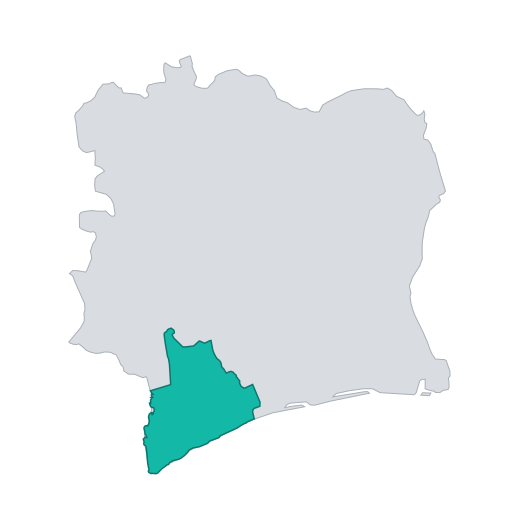 Bas-Sassandra on a map of Ivory Coast (orthographic projection), rotated 354°
{"feature_id": "CIV-3448", "entity_name": "Bas-Sassandra", "entity_type": "Department", "adm_level": 1, "iso_a3": "CIV", "parent_name": "Ivory Coast", "parent_adm1": "", "projection": "orthographic", "projection_center": [-6.849, 5.451], "detail": "fine", "context": "in_parent", "style": "filled", "palette": "teal", "viewbox_px": 512, "rotation_deg": 354, "n_neighbors": 0, "source": "natural_earth", "source_scale": "10m", "svg_char_len": 6638}
<svg xmlns="http://www.w3.org/2000/svg" viewBox="0 0 512 512"><g transform="rotate(354 256 256)"><path d="M100.9,86.1L102.8,86.1L107.6,84.6L112.1,81.4L116.3,74.6L121.9,69.1L128.2,69.5L130.0,68.5L132.3,68.3L134.9,71.9L137.5,74.6L139.4,74.7L140.8,79.9L152.3,82.1L157.2,83.5L161.4,87.3L162.8,87.4L164.6,86.6L165.9,85.3L166.2,83.8L164.4,80.4L165.2,77.4L167.1,74.6L170.0,74.4L174.5,73.7L179.6,73.6L183.4,74.1L184.9,71.4L183.5,63.7L183.9,59.4L184.5,55.8L185.9,54.4L191.6,58.9L196.8,60.5L200.5,60.6L201.6,59.8L200.0,54.9L200.4,53.4L201.8,52.5L204.2,52.0L210.9,50.0L211.6,50.4L212.8,58.1L212.2,60.7L213.6,65.9L215.4,70.8L215.3,72.8L213.8,75.9L212.2,78.6L212.4,79.8L215.0,81.7L220.1,83.6L225.3,84.1L228.3,81.2L231.3,78.9L233.4,76.8L234.1,73.7L237.4,71.5L246.9,68.7L255.7,68.2L257.8,69.1L261.8,73.4L266.8,76.3L274.4,75.9L280.0,77.7L284.8,80.9L288.0,88.2L291.6,93.5L293.2,101.0L298.7,104.9L303.1,106.7L309.0,112.1L315.2,114.9L321.5,114.2L324.4,117.0L329.2,119.0L333.9,119.2L338.0,112.9L343.4,110.3L357.2,105.3L362.7,103.0L368.2,101.5L381.5,101.0L393.9,102.4L400.1,103.6L404.3,102.7L408.3,105.7L412.5,111.9L415.9,113.9L419.4,116.0L422.0,120.9L425.1,125.8L426.7,128.0L430.5,132.8L433.7,132.9L436.8,130.8L438.1,129.2L438.8,132.4L437.6,137.6L437.9,140.8L439.7,142.0L438.8,146.1L435.2,153.2L435.2,157.3L438.9,158.6L441.5,163.0L443.1,170.6L444.7,173.1L444.9,174.6L447.7,192.9L451.2,211.2L449.1,213.6L446.3,214.4L444.5,215.2L444.0,216.9L445.2,219.4L444.4,221.7L440.9,223.3L433.2,229.2L432.7,231.6L430.7,236.5L429.0,239.6L426.6,245.2L422.7,260.1L421.3,272.5L421.1,276.3L419.6,279.0L417.9,282.8L409.5,293.4L405.3,302.1L405.9,305.8L406.1,309.6L404.9,312.3L405.2,319.6L406.3,325.8L407.8,331.7L414.0,348.7L417.3,359.0L419.3,367.3L421.1,372.8L422.7,375.1L423.4,377.2L432.5,378.7L434.2,379.9L436.8,390.8L436.4,395.7L434.6,397.5L434.7,401.7L434.3,406.8L433.0,408.9L427.9,409.2L424.5,411.1L420.0,410.4L419.5,409.1L417.1,408.7L410.3,405.8L411.4,396.4L408.3,396.0L405.8,397.2L401.1,408.6L398.9,410.5L365.2,404.9L357.9,400.2L349.1,399.2L333.9,399.8L321.3,401.2L317.7,404.1L349.5,402.3L352.9,402.6L354.5,404.3L314.3,408.2L299.0,410.5L294.5,409.9L291.0,406.3L274.4,405.9L271.0,407.1L268.9,409.8L275.5,409.2L285.8,409.0L288.6,411.0L256.2,413.7L233.7,418.9L224.2,422.6L192.9,435.0L173.8,440.9L168.8,443.0L160.0,449.1L148.9,452.8L136.3,459.9L128.6,461.5L126.9,459.3L126.7,447.2L125.7,431.1L126.1,425.0L127.1,419.2L127.2,414.4L131.0,412.6L132.0,410.6L132.6,404.3L136.1,398.6L136.2,388.7L137.3,386.6L138.1,384.0L136.5,377.5L134.6,365.2L133.6,364.4L132.7,364.9L130.7,365.2L122.9,360.9L116.8,360.2L112.6,356.5L112.3,352.4L110.2,350.0L108.8,345.2L106.7,339.7L100.7,336.4L95.1,335.6L91.1,336.3L86.5,336.1L81.1,334.2L77.4,332.1L73.9,328.1L70.7,324.9L68.1,325.3L64.9,324.6L61.8,323.1L60.8,322.0L73.9,309.3L78.3,303.0L78.8,299.2L78.8,295.4L80.3,291.4L80.6,285.4L73.5,263.6L71.7,256.8L69.8,254.8L68.6,254.1L72.2,251.3L77.2,252.0L84.9,254.2L86.6,252.1L92.4,241.1L92.2,237.0L91.7,234.2L95.1,226.6L97.8,223.7L99.2,220.6L98.8,216.3L96.7,214.7L94.1,215.0L90.9,213.9L86.0,211.4L83.5,209.2L84.3,199.3L84.8,196.2L86.5,194.4L89.2,193.9L96.8,193.6L102.9,194.8L108.3,195.5L111.2,195.5L113.5,198.4L116.6,201.4L119.3,201.4L120.3,199.2L119.7,189.3L117.9,184.1L113.8,179.1L103.1,174.8L102.9,168.9L104.0,162.4L106.3,160.0L114.2,155.9L112.8,153.7L110.3,151.3L105.3,148.9L106.5,141.2L106.7,134.3L102.5,135.0L98.1,135.4L94.5,133.3L91.4,129.1L90.9,117.5L90.9,104.2L90.3,98.3L91.5,95.1L95.3,92.3L99.4,88.5L100.9,86.1ZM415.6,410.6L413.9,413.1L405.4,411.6L407.4,409.4L415.6,410.6Z" fill="#d9dde1" stroke="#a8b0b8" stroke-width="1"/><path d="M139.1,382.8L138.3,381.8L136.9,379.0L138.1,378.8L157.7,375.0L158.6,355.0L158.3,349.2L157.5,346.5L156.7,333.8L156.4,325.3L156.7,323.2L157.5,322.6L158.0,322.3L158.4,322.1L158.7,322.0L159.0,321.9L159.2,321.7L159.4,321.5L160.3,320.2L161.4,319.5L161.8,319.4L163.5,319.0L164.0,318.9L166.2,320.8L166.7,321.9L166.8,322.7L166.8,323.2L166.8,323.6L166.7,324.0L166.3,324.3L165.7,324.5L165.3,324.6L165.0,324.8L164.7,325.0L164.4,325.5L164.4,325.9L165.8,329.2L173.2,338.2L174.1,338.8L174.8,339.0L184.1,339.0L184.7,338.8L185.4,338.4L190.2,334.9L190.7,334.6L191.4,334.8L194.6,336.8L195.7,337.1L196.8,337.1L200.8,335.5L202.4,335.3L203.2,345.2L204.0,348.3L205.3,351.7L206.5,354.0L206.9,354.4L207.3,354.8L207.5,354.9L208.3,355.7L208.8,356.3L209.1,356.8L209.7,357.8L209.9,358.3L210.0,358.8L210.3,362.5L210.5,363.1L210.7,363.5L211.2,363.9L211.5,364.1L211.8,364.4L212.1,365.0L214.1,369.3L217.8,368.2L219.3,368.2L219.8,368.4L221.3,369.4L221.5,369.7L222.1,370.9L223.5,372.1L223.7,372.3L223.8,372.6L223.9,372.9L223.8,373.7L223.8,374.0L223.9,374.5L224.1,374.7L224.5,374.8L224.6,375.0L224.8,375.7L225.2,376.4L225.6,376.8L225.8,377.2L226.1,377.5L226.7,378.5L226.7,379.2L226.6,379.5L226.5,379.8L226.4,380.1L226.4,380.5L226.5,381.2L226.6,381.5L226.8,381.7L226.9,382.0L227.2,383.3L227.3,383.6L227.5,383.9L227.9,384.3L228.2,384.7L228.4,384.9L228.8,385.1L229.5,385.4L229.8,385.7L229.9,386.1L230.1,386.3L231.1,386.2L239.2,383.4L244.7,401.7L244.1,405.9L238.9,407.2L238.3,407.4L237.8,407.8L237.1,408.5L236.9,408.9L236.7,409.4L236.4,410.4L236.4,411.2L237.2,417.6L237.3,417.8L230.0,420.1L228.9,420.6L228.5,421.2L227.7,421.2L224.4,422.4L219.3,425.1L201.7,431.0L201.1,431.4L200.7,432.4L199.8,432.9L193.0,434.6L191.6,434.8L190.6,435.1L188.9,436.8L187.8,437.4L179.7,439.8L173.2,440.3L171.5,441.1L170.0,441.5L169.3,441.9L167.5,444.1L164.0,447.0L160.0,449.4L157.4,450.2L152.6,450.7L148.8,452.4L148.0,452.9L147.3,454.2L146.6,454.3L145.8,454.3L145.2,454.5L144.1,455.5L140.6,457.4L135.5,461.6L134.3,462.0L132.8,461.9L130.0,461.3L128.9,461.4L126.8,460.0L126.4,459.2L126.5,458.6L127.2,457.4L127.4,456.7L127.3,456.1L126.9,454.8L127.0,453.2L126.9,452.5L126.7,451.9L126.6,451.3L126.9,437.5L126.6,434.1L126.4,433.5L126.1,433.1L125.6,432.7L125.1,432.2L124.7,431.5L124.7,431.4L124.8,430.9L125.1,429.6L125.2,428.8L124.8,426.8L124.8,426.2L126.8,424.7L127.6,424.8L128.1,425.1L128.4,425.2L128.4,424.2L128.0,422.9L127.4,422.1L127.0,421.2L127.1,419.8L126.6,416.1L126.7,414.9L127.5,413.8L128.6,413.3L129.7,413.3L130.6,413.7L132.3,410.5L132.7,409.4L132.7,408.3L132.2,405.2L132.9,403.1L133.2,402.5L133.6,401.9L135.3,401.0L135.5,400.8L136.2,401.0L135.8,401.5L135.8,401.9L136.1,402.3L136.1,402.8L136.2,403.0L136.8,402.8L137.2,402.4L137.4,401.3L137.5,400.9L138.3,399.8L138.7,399.1L138.8,398.4L138.6,397.1L138.2,395.9L137.8,395.8L137.1,395.9L136.1,395.4L135.5,394.5L135.1,393.4L134.8,392.3L134.8,391.2L135.7,391.7L136.0,391.0L136.0,388.6L136.4,387.7L137.2,387.1L137.5,386.5L137.4,386.4L136.8,385.8L137.2,385.8L138.5,385.7L137.6,384.6L137.3,383.4L137.7,382.6L139.1,382.8Z" fill="#14b8a6" stroke="#0f766e" stroke-width="1.5"/></g></svg>